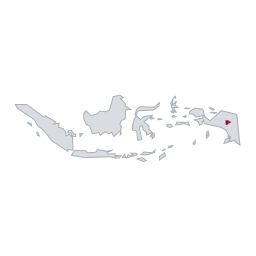 Jayawijaya, Papua, Indonesia (highlighted), rotated 354°
{"feature_id": "22746128B40741333574981", "entity_name": "Jayawijaya", "entity_type": "district", "adm_level": 2, "iso_a3": "IDN", "parent_name": "Indonesia", "parent_adm1": "Papua", "projection": "albers", "projection_center": [138.85, -4.123], "detail": "fine", "context": "in_parent", "style": "filled", "palette": "rose", "viewbox_px": 256, "rotation_deg": 354, "n_neighbors": 0, "source": "geoboundaries", "source_scale": "gbopen_adm2", "svg_char_len": 4565}
<svg xmlns="http://www.w3.org/2000/svg" viewBox="0 0 256 256"><g transform="rotate(354 128 128)"><path d="M88.0,106.4L92.4,111.8L98.6,110.9L101.7,108.2L107.2,109.5L111.4,108.4L116.6,95.3L123.4,94.4L126.7,97.4L123.3,97.8L128.2,103.8L127.0,105.2L132.8,110.0L127.7,109.6L126.2,118.5L122.4,119.9L120.2,123.4L121.7,125.8L120.3,129.8L113.1,135.0L111.3,130.6L108.3,131.7L105.0,129.4L99.5,132.5L98.7,129.4L91.9,130.0L90.3,122.0L86.7,119.9L85.0,114.4L85.5,109.0L88.0,106.4ZM18.4,92.9L29.6,94.0L44.5,107.5L46.3,108.6L47.0,107.1L56.9,114.5L54.6,116.4L60.0,115.8L59.0,119.9L63.5,121.9L66.0,126.8L65.2,129.2L68.7,128.1L71.9,131.4L71.0,144.3L65.8,143.1L65.7,145.0L50.8,132.6L44.2,121.8L38.5,116.5L35.4,109.5L20.3,97.1L18.4,92.9ZM237.6,125.8L237.5,156.7L232.9,152.4L233.5,151.1L227.7,152.6L228.6,149.5L227.0,147.9L227.6,147.6L228.5,147.8L229.0,147.6L226.3,146.4L227.6,146.0L225.1,140.4L220.1,136.9L204.4,131.6L203.7,128.0L201.7,132.0L199.4,132.8L198.6,129.2L194.9,126.8L203.1,126.0L204.1,123.5L196.4,124.2L194.6,121.0L190.2,120.4L191.4,117.7L196.8,115.3L204.3,117.1L205.4,124.5L210.4,129.5L222.5,120.5L237.6,125.8ZM160.9,109.3L155.6,112.7L140.4,112.0L138.6,113.2L138.1,117.1L141.1,120.9L145.3,118.3L154.2,117.9L144.4,123.3L148.9,128.1L148.8,131.5L151.8,135.1L145.8,136.9L145.9,133.8L142.4,131.1L143.0,127.5L141.1,127.1L139.3,128.5L140.4,141.0L136.3,141.2L136.4,133.7L135.6,131.2L132.7,130.8L132.3,127.6L135.5,118.9L137.1,118.6L136.4,115.0L138.9,109.9L142.7,108.1L156.4,110.1L161.9,106.0L160.9,109.3ZM72.6,144.7L83.3,146.1L85.1,148.4L93.3,148.8L95.2,146.3L103.3,148.4L105.7,151.8L112.3,152.2L112.2,155.1L113.2,156.8L106.9,154.7L81.6,152.9L68.9,149.2L72.6,144.7ZM174.5,109.8L179.0,106.3L177.0,110.3L180.1,112.7L175.3,112.4L177.9,118.0L174.4,115.0L173.0,108.4L175.9,103.4L174.5,109.8ZM177.0,127.4L188.2,128.5L189.4,132.0L184.8,129.5L178.5,130.1L176.7,128.8L175.6,130.4L177.0,127.4ZM151.8,155.1L143.6,156.8L137.8,155.8L141.5,153.5L149.6,155.2L152.4,152.7L151.8,155.1ZM128.1,153.4L133.6,154.0L134.6,155.7L123.6,157.6L125.3,154.6L129.2,156.2L130.4,155.5L128.1,153.4ZM161.9,156.5L162.2,159.9L156.0,163.0L156.3,159.7L161.9,156.5ZM71.6,124.6L73.3,128.3L75.5,128.7L74.9,131.1L71.6,130.1L70.5,127.1L67.4,126.5L68.8,124.2L71.6,124.6ZM226.0,152.7L221.8,153.3L223.9,149.4L227.1,148.5L228.2,150.0L226.0,152.7ZM138.8,159.0L141.4,160.6L142.7,162.4L140.1,163.1L133.9,159.8L138.8,159.0ZM170.6,128.5L172.4,131.1L169.8,132.0L166.8,130.2L167.0,128.7L170.6,128.5ZM112.6,154.0L118.4,154.9L115.9,157.1L112.6,154.0ZM121.7,153.9L122.7,157.1L119.2,156.7L121.7,153.9ZM82.1,129.0L79.4,131.6L79.5,128.5L82.1,129.0ZM207.3,139.3L208.0,143.4L206.7,143.6L205.5,140.6L207.3,139.3ZM110.6,148.3L106.1,149.7L104.2,149.0L110.6,148.3ZM153.3,135.8L153.4,139.5L150.9,141.1L151.8,136.1L153.3,135.8ZM28.3,111.9L32.5,113.9L32.1,115.8L28.3,111.9ZM39.0,126.6L37.4,125.9L36.5,122.9L37.7,122.7L39.0,126.6ZM192.0,151.6L191.1,150.1L193.5,147.4L193.4,149.8L192.0,151.6ZM187.1,114.0L191.7,115.0L186.5,114.7L187.1,114.0ZM158.9,121.9L163.2,122.9L158.5,122.9L158.9,121.9ZM151.3,137.6L149.1,139.5L151.0,136.2L151.3,137.6ZM211.0,116.6L213.4,116.9L215.7,118.7L213.5,119.1L211.0,116.6ZM170.7,150.3L169.1,151.6L166.0,151.9L166.8,150.3L170.7,150.3ZM207.1,144.1L206.1,146.0L205.0,146.0L205.1,142.9L207.1,144.1ZM176.7,121.7L173.9,122.0L173.1,121.4L174.2,120.1L176.7,121.7ZM211.5,121.0L214.9,121.3L218.2,122.0L215.0,122.5L211.5,121.0ZM151.7,119.8L154.6,121.0L151.6,121.7L151.7,119.8ZM178.7,103.2L176.7,102.9L178.5,101.5L178.7,103.2ZM159.3,154.0L162.5,152.8L162.8,153.5L159.3,154.0ZM187.1,121.7L186.6,123.4L184.2,122.6L185.4,122.0L187.1,121.7ZM120.7,132.8L119.5,134.0L120.4,130.4L120.7,132.8ZM173.8,115.3L175.3,117.6L174.7,118.0L172.5,116.2L173.8,115.3Z" fill="#d9dde1" stroke="#a8b0b8" stroke-width="1"/><path d="M228.1,132.1L227.9,132.0L227.8,131.9L227.7,131.8L227.7,131.7L227.8,131.5L227.7,131.5L227.7,131.4L227.4,131.3L227.2,131.5L226.9,131.5L226.9,131.4L226.7,131.4L226.4,131.4L226.4,131.5L226.5,131.7L226.8,131.7L226.9,131.8L226.9,132.0L226.7,132.2L226.7,132.3L226.6,132.5L226.5,132.8L226.4,132.9L226.3,133.0L226.5,133.1L226.8,133.2L226.9,133.3L226.6,133.6L226.4,133.8L226.4,134.0L226.3,134.3L226.3,134.5L226.5,134.7L226.8,134.7L226.9,134.4L226.8,134.1L227.0,133.9L227.3,133.8L227.4,133.7L227.5,133.7L227.8,133.6L228.0,133.5L228.2,133.4L228.3,133.4L228.5,133.3L228.8,133.3L228.9,133.2L229.0,133.2L229.3,133.1L229.5,133.1L229.8,133.0L229.9,132.9L229.7,132.8L229.7,132.7L229.4,132.6L229.2,132.5L228.9,132.5L228.7,132.6L228.3,132.6L228.2,132.5L228.2,132.4L228.1,132.2L228.1,132.1Z" fill="#f43f5e" stroke="#9f1239" stroke-width="1.5"/></g></svg>